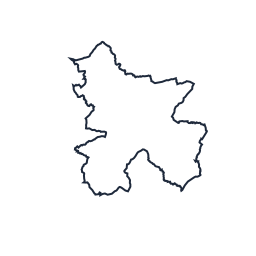 the district of Pujili, Cotopaxi, Ecuador, rotated 34°
{"feature_id": "8360857B69808227880519", "entity_name": "Pujili", "entity_type": "district", "adm_level": 2, "iso_a3": "ECU", "parent_name": "Ecuador", "parent_adm1": "Cotopaxi", "projection": "equal_earth", "projection_center": [-78.915, -1.008], "detail": "fine", "context": "isolated", "style": "outline", "palette": "slate", "viewbox_px": 256, "rotation_deg": 34, "n_neighbors": 0, "source": "geoboundaries", "source_scale": "gbopen_adm2", "svg_char_len": 5824}
<svg xmlns="http://www.w3.org/2000/svg" viewBox="0 0 256 256"><g transform="rotate(34 128 128)"><path d="M163.4,180.5L162.8,175.4L161.4,173.3L160.3,172.6L158.8,170.1L156.5,168.9L154.3,168.4L152.9,166.0L150.9,166.6L149.7,166.3L149.0,165.8L149.0,164.5L149.4,162.1L147.5,158.7L148.6,157.7L148.8,156.5L148.7,155.1L148.2,152.5L149.2,151.3L149.8,149.3L149.9,146.9L149.7,143.7L149.9,142.2L151.5,139.5L152.2,137.5L153.3,136.9L156.8,136.7L159.4,138.4L160.7,140.0L161.4,141.3L161.8,141.3L162.3,141.8L162.4,143.0L163.6,143.5L164.3,143.3L165.5,143.8L167.9,143.5L168.6,143.9L170.0,143.5L171.5,144.2L172.6,144.2L175.6,143.1L177.9,144.2L178.3,144.8L178.9,144.7L179.3,143.6L179.8,144.1L180.6,144.3L181.0,144.8L181.7,144.5L182.4,145.2L182.8,145.2L183.0,146.5L184.2,147.5L184.6,148.4L185.5,149.1L186.2,150.5L186.7,150.5L186.9,151.0L187.3,150.9L187.5,151.2L188.4,151.1L189.9,150.1L190.9,150.0L191.1,150.4L191.8,149.6L193.0,149.8L193.2,149.2L194.6,150.2L195.8,149.5L196.9,149.7L197.0,149.0L197.4,148.8L197.5,147.8L197.7,147.7L198.8,148.0L200.0,147.7L200.6,148.4L201.1,148.1L201.4,148.3L202.3,147.5L202.9,147.6L202.9,147.2L203.3,147.0L204.0,147.1L205.9,148.0L206.5,148.8L206.8,149.8L207.3,150.2L207.7,149.1L207.2,143.8L207.6,138.9L210.4,132.0L211.2,130.5L212.7,129.6L213.3,128.8L214.4,126.6L214.2,126.2L213.3,125.8L212.9,125.3L212.8,124.8L212.4,124.3L212.3,123.5L212.0,123.4L212.0,123.0L211.6,122.8L211.5,122.2L210.4,121.2L208.5,120.5L207.4,118.6L206.0,117.5L205.5,117.4L205.3,117.0L205.0,117.0L204.8,116.4L204.2,116.9L203.9,116.7L203.3,116.9L202.9,118.1L202.1,117.7L202.5,117.6L202.7,117.1L202.4,116.0L201.8,115.4L201.5,113.8L201.1,113.7L200.6,111.2L200.7,110.6L201.0,110.4L200.9,108.1L200.4,106.5L199.5,105.6L199.4,104.6L198.8,103.6L198.5,101.8L198.6,100.3L195.4,100.0L194.8,98.5L194.9,96.3L194.7,95.9L195.7,95.8L195.4,87.7L195.2,86.6L194.9,86.4L194.6,86.7L193.8,86.3L192.3,84.4L189.5,82.3L188.9,83.4L188.0,83.2L186.5,84.0L185.2,83.4L184.5,83.6L183.3,84.7L181.8,85.0L181.7,85.7L181.1,86.6L180.2,86.2L179.2,86.6L179.0,87.7L178.4,88.0L177.7,87.4L177.0,88.0L176.8,89.1L175.6,89.9L175.0,89.7L174.0,89.8L173.5,89.6L173.4,89.2L170.7,91.3L169.2,91.8L166.9,93.8L166.8,94.3L167.3,95.1L167.2,95.4L166.8,95.7L161.3,95.7L159.7,94.3L158.0,94.0L157.6,88.9L156.2,86.4L155.7,83.8L156.7,81.4L156.5,79.4L158.3,77.2L158.8,75.6L158.5,73.9L157.4,72.1L158.1,70.1L158.2,66.7L159.4,59.7L158.2,57.7L157.9,54.6L153.6,55.0L150.4,56.4L149.9,57.9L149.1,58.7L148.3,60.3L147.7,61.1L146.2,61.6L144.4,64.1L143.4,63.0L143.0,63.0L142.3,62.6L141.8,62.1L141.9,61.7L140.9,60.8L140.1,60.6L139.8,60.1L138.0,62.5L136.6,63.3L134.7,66.0L133.3,66.7L130.5,70.6L125.3,75.7L123.5,75.9L122.3,75.7L121.2,76.1L120.3,75.0L118.2,73.3L117.9,72.7L117.1,72.3L116.6,72.9L115.7,73.0L115.1,73.9L112.8,75.9L111.2,76.7L110.2,78.1L109.8,78.4L109.1,78.3L108.3,79.6L106.8,80.2L105.8,81.8L104.9,81.6L104.1,80.9L103.5,80.9L103.2,81.3L102.8,81.2L102.6,81.5L101.8,80.9L100.6,81.0L99.5,81.6L98.1,82.8L97.3,83.1L96.9,83.7L96.8,84.5L96.3,84.7L95.8,84.8L95.0,84.1L94.1,83.0L94.0,82.4L93.1,81.9L92.6,82.2L92.3,82.9L90.4,83.3L89.4,83.2L88.1,83.6L86.5,82.5L86.6,81.5L86.5,80.4L86.2,79.7L85.7,79.5L84.6,79.7L84.0,81.1L83.2,81.9L81.8,81.7L80.4,79.9L79.6,79.5L79.4,78.5L78.9,77.5L77.7,77.0L76.9,75.3L76.0,74.8L74.9,74.7L74.2,75.0L72.8,74.6L72.1,74.7L71.4,73.7L70.1,73.5L69.2,71.7L68.6,71.2L66.5,70.8L65.9,71.3L65.2,71.0L63.9,71.4L63.5,71.2L60.9,71.1L60.4,70.7L58.8,70.8L58.2,71.6L58.2,73.4L57.7,73.8L57.0,75.5L56.5,75.9L56.5,76.8L56.1,77.4L56.2,80.7L55.8,82.3L55.9,85.0L55.5,88.0L56.0,89.7L55.4,91.1L53.0,93.9L52.5,94.1L52.0,94.9L51.7,95.7L46.9,101.1L45.7,101.3L45.0,102.0L44.3,101.6L41.6,102.7L43.3,103.0L45.0,102.8L45.9,103.3L46.2,103.1L46.8,104.0L48.5,104.8L49.4,103.6L50.9,103.6L51.7,104.0L52.3,105.5L53.3,106.2L54.4,107.8L55.8,108.7L60.3,104.9L60.8,105.2L61.4,106.5L61.2,108.6L62.1,109.4L63.6,109.4L63.6,111.8L64.0,111.4L64.6,111.7L65.2,111.2L65.8,111.4L66.8,113.1L67.3,113.6L67.7,115.8L66.4,120.7L65.0,119.8L63.9,119.9L63.1,119.5L61.7,121.4L60.8,121.3L60.1,123.3L58.7,123.3L60.2,124.7L61.4,126.4L63.6,127.8L64.9,128.0L66.0,128.6L67.8,129.0L68.9,130.2L69.3,130.2L70.8,129.1L71.2,127.7L71.8,127.2L72.1,126.2L73.5,126.2L74.1,127.0L74.8,127.4L75.1,128.6L75.6,128.8L76.1,128.4L76.9,128.5L77.3,129.1L78.5,129.1L78.9,129.6L78.8,130.5L79.0,130.8L81.0,131.2L81.6,131.8L82.1,131.8L82.7,131.9L83.7,131.4L83.7,129.6L84.1,129.0L85.3,129.4L86.2,128.9L87.0,129.5L88.0,129.4L88.0,130.9L88.9,131.5L89.5,132.6L88.7,134.9L88.8,138.7L87.5,143.8L88.8,144.4L90.8,147.0L91.6,149.0L92.5,150.1L93.4,151.8L94.5,151.3L96.2,149.9L99.5,149.7L101.4,148.2L103.6,148.2L104.8,147.4L105.1,146.8L107.0,146.1L107.5,146.4L110.3,144.3L112.0,143.8L112.6,144.3L113.3,146.0L113.9,148.3L112.2,148.6L110.5,149.7L109.8,150.7L107.9,152.5L106.8,155.5L106.8,156.1L106.2,156.6L105.3,158.7L104.1,160.1L103.0,160.5L102.7,161.0L102.6,162.2L102.2,162.5L101.8,164.0L102.0,164.7L101.7,165.9L100.2,166.8L99.7,168.1L99.0,168.1L98.7,168.4L98.4,169.3L97.9,171.9L96.3,171.5L96.1,171.9L96.1,173.1L95.8,173.8L95.5,173.9L95.4,174.4L95.7,174.7L96.0,175.4L96.3,175.2L97.2,175.5L98.5,175.1L98.7,176.0L99.6,175.1L100.6,176.4L101.4,175.8L102.3,176.0L102.8,175.2L103.6,175.6L104.2,175.5L104.8,174.9L106.4,175.2L108.0,174.8L108.5,174.4L109.6,175.2L110.9,174.6L111.7,174.5L111.6,176.2L112.6,178.6L113.3,179.9L113.0,181.3L112.0,182.9L111.9,183.5L112.4,184.4L112.1,185.3L112.2,186.3L112.6,187.3L112.8,188.4L113.4,188.8L114.6,190.2L116.5,189.9L117.3,190.4L117.9,191.8L120.0,194.5L121.5,195.9L122.0,196.9L121.7,197.9L123.8,196.7L124.5,195.9L124.8,195.8L127.5,196.7L129.2,198.6L133.1,199.4L136.7,201.0L137.6,201.0L138.2,201.4L140.6,199.3L140.5,197.3L141.5,197.2L142.6,199.2L143.8,196.9L145.5,195.2L148.4,194.7L151.4,191.5L152.4,187.8L153.3,186.5L153.5,185.7L153.6,182.7L154.0,181.6L154.6,181.3L156.1,181.1L160.8,181.3L163.4,180.5Z" fill="none" stroke="#1e293b" stroke-width="2"/></g></svg>